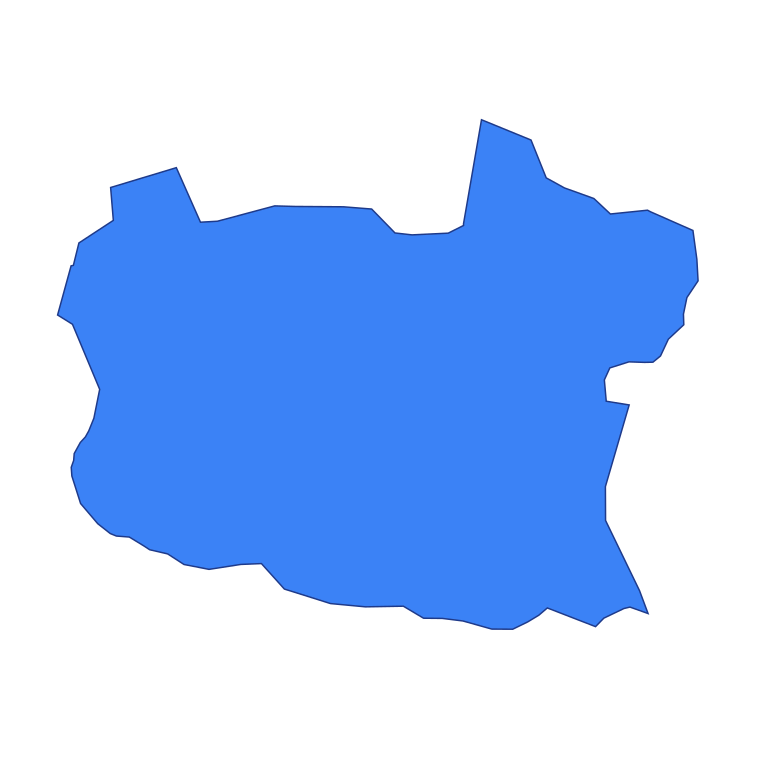 the district of Gbako, Niger, Nigeria, rotated 266°
{"feature_id": "59680162B42207826884677", "entity_name": "Gbako", "entity_type": "district", "adm_level": 2, "iso_a3": "NGA", "parent_name": "Nigeria", "parent_adm1": "Niger", "projection": "albers", "projection_center": [6.013, 9.318], "detail": "fine", "context": "isolated", "style": "filled", "palette": "blue", "viewbox_px": 768, "rotation_deg": 266, "n_neighbors": 0, "source": "geoboundaries", "source_scale": "gbopen_adm2", "svg_char_len": 1164}
<svg xmlns="http://www.w3.org/2000/svg" viewBox="0 0 768 768"><g transform="rotate(266 384 384)"><path d="M614.3,191.9L599.1,125.0L566.1,125.4L546.0,89.5L524.0,82.4L523.7,80.1L475.6,63.2L465.3,77.4L398.5,100.0L370.1,92.2L357.8,86.2L352.0,82.4L346.9,77.0L336.2,70.1L329.4,69.1L322.7,66.2L314.0,66.2L285.9,73.0L264.6,88.7L253.9,100.5L251.0,106.4L249.1,119.2L239.4,132.9L235.0,138.7L229.6,156.3L217.9,171.9L211.3,196.5L214.0,228.6L213.4,249.2L186.4,270.3L168.7,315.3L163.0,349.9L161.0,387.8L147.6,407.1L146.1,425.8L142.1,446.2L132.0,474.4L130.4,495.3L136.7,510.9L142.6,522.4L149.2,531.3L127.2,578.1L135.1,587.0L143.3,607.7L144.3,613.8L136.6,631.4L160.0,624.5L232.4,595.5L266.2,597.7L346.0,627.1L351.3,604.5L372.7,604.1L384.3,610.4L389.0,629.9L387.4,645.4L387.0,653.8L392.7,661.8L408.9,670.8L422.2,687.2L432.8,687.6L449.1,692.2L465.0,704.5L486.6,704.8L515.6,702.9L537.2,661.9L539.0,659.0L537.8,621.7L554.4,606.3L567.0,577.7L578.3,560.2L617.1,547.7L640.8,499.7L538.3,474.5L536.6,474.4L530.0,458.6L530.8,422.4L533.9,405.5L559.4,383.9L563.6,355.9L567.3,307.8L569.3,287.4L558.0,229.2L558.2,212.2L614.3,191.9Z" fill="#3b82f6" stroke="#1e3a8a" stroke-width="1.5"/></g></svg>